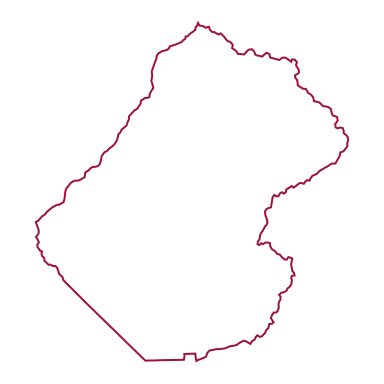 outline of Buriti Bravo, Maranhão, Brazil
{"feature_id": "56859067B93181490045826", "entity_name": "Buriti Bravo", "entity_type": "district", "adm_level": 2, "iso_a3": "BRA", "parent_name": "Brazil", "parent_adm1": "Maranhão", "projection": "natural_earth1", "projection_center": [-43.798, -5.776], "detail": "fine", "context": "isolated", "style": "outline", "palette": "rose", "viewbox_px": 384, "rotation_deg": 0, "n_neighbors": 0, "source": "geoboundaries", "source_scale": "gbopen_adm2", "svg_char_len": 4022}
<svg xmlns="http://www.w3.org/2000/svg" viewBox="0 0 384 384"><path d="M335.4,163.5L339.6,156.1L340.3,152.4L343.4,151.4L347.3,146.5L347.3,143.0L348.2,140.2L347.7,136.8L346.2,135.1L343.8,133.3L343.6,130.3L342.7,128.0L339.9,127.5L337.7,128.4L335.6,127.4L335.2,124.1L337.7,120.5L337.1,117.0L332.6,115.3L331.5,112.1L330.8,108.8L328.2,107.0L325.9,106.5L323.0,106.1L320.8,103.8L319.1,102.4L317.3,101.8L314.1,101.3L313.1,97.1L310.8,94.5L308.2,93.0L305.9,89.0L302.9,88.7L297.8,85.4L297.6,82.8L297.2,80.2L295.1,77.3L295.1,75.1L297.6,74.0L299.0,72.5L298.8,70.0L295.9,65.0L297.0,62.2L294.8,59.7L292.0,59.4L291.2,61.7L285.7,57.7L282.2,57.7L279.4,60.0L270.1,57.5L269.4,54.1L266.7,52.8L264.0,54.8L262.2,56.6L259.3,55.8L257.1,55.5L255.4,54.7L254.1,51.4L251.8,49.2L248.4,49.8L246.0,52.3L244.3,54.4L242.2,54.3L240.0,53.9L237.8,53.9L236.3,51.0L232.1,48.1L232.8,45.1L231.6,43.3L230.0,41.8L227.7,41.1L226.0,39.4L224.1,36.7L220.7,33.4L218.5,34.5L214.1,32.0L212.2,32.1L209.8,29.6L209.0,26.7L205.6,27.8L203.6,26.4L199.4,25.4L198.0,23.0L197.2,25.6L195.6,27.2L195.5,29.4L193.2,31.6L190.0,33.7L187.5,36.3L185.6,36.6L185.4,38.7L183.1,40.3L181.6,42.1L179.6,42.8L176.8,44.1L173.9,45.1L169.9,46.3L168.6,48.8L166.3,50.2L162.4,51.0L159.1,53.0L157.5,54.4L156.6,56.5L156.3,58.9L154.6,63.2L153.3,67.1L152.4,69.4L151.7,71.9L152.2,74.9L151.9,78.3L151.3,80.6L152.0,82.8L153.4,87.9L151.2,91.1L149.7,94.0L149.4,97.1L147.6,97.8L145.3,97.9L141.1,100.5L140.6,103.5L139.4,105.5L137.0,109.0L134.7,110.1L132.7,112.3L130.8,114.4L129.0,116.4L128.9,119.5L127.5,122.4L126.4,125.7L124.5,127.2L121.8,129.5L120.3,132.4L118.3,134.4L118.0,136.8L116.7,140.8L114.9,143.6L113.4,145.3L111.2,147.2L109.6,148.1L108.3,149.6L106.9,151.1L104.4,152.3L101.7,156.1L100.8,160.9L99.6,164.4L98.3,165.9L95.5,166.8L92.5,167.0L90.4,168.4L88.5,170.4L85.2,172.6L84.7,177.1L80.2,179.8L77.6,180.7L74.7,180.7L72.2,181.9L70.3,183.3L68.1,186.5L66.6,187.9L65.4,191.0L65.0,194.5L64.5,199.0L63.6,202.1L61.2,203.5L59.5,204.6L57.1,204.8L52.5,207.2L48.9,210.2L46.9,211.9L45.4,214.0L43.7,215.3L42.0,216.4L40.0,218.7L38.0,220.9L35.8,222.1L37.1,225.6L38.6,229.8L38.8,232.3L38.1,234.3L36.0,237.0L37.6,239.4L38.9,242.4L37.4,244.4L37.4,246.9L38.9,248.9L40.1,250.7L42.0,251.4L41.5,253.6L42.2,256.3L44.4,258.0L44.3,260.8L46.5,262.7L48.5,264.8L50.5,264.6L53.0,266.0L55.3,266.0L57.0,267.6L58.2,270.6L59.3,274.1L60.9,275.5L62.5,277.0L63.3,280.1L87.1,303.9L145.3,360.6L156.1,360.4L160.3,360.2L183.8,359.8L184.4,356.9L184.4,354.0L195.2,353.6L195.9,358.8L196.5,361.0L198.5,359.7L200.3,359.2L202.9,358.2L205.9,356.8L207.4,352.8L209.5,350.5L214.0,349.7L216.1,349.1L218.9,349.1L222.1,348.8L224.8,348.4L227.9,347.2L230.4,346.1L232.8,345.9L236.7,345.0L239.2,343.0L243.7,340.7L246.0,341.3L250.4,343.9L251.9,341.4L254.5,339.7L255.8,337.0L257.4,335.3L259.7,336.8L261.8,336.4L265.2,332.7L266.1,330.3L268.4,328.1L269.2,324.1L271.9,323.7L273.5,322.4L272.4,320.5L270.8,318.1L272.2,314.8L273.7,312.6L276.2,312.5L277.6,311.2L278.8,307.7L278.5,304.5L279.0,301.8L280.4,299.7L280.6,296.7L279.1,294.8L281.4,292.7L283.9,292.2L286.3,290.9L287.4,288.6L289.6,286.7L291.4,284.0L291.9,279.8L291.1,277.8L291.9,275.8L294.6,275.5L294.0,273.0L292.3,270.9L291.7,267.2L291.1,264.4L291.7,261.3L292.3,258.6L290.5,257.7L288.4,257.1L286.7,259.6L284.6,259.5L282.0,257.2L279.7,254.5L277.2,254.0L275.8,252.0L273.8,250.3L271.8,249.1L270.2,245.9L269.8,243.0L267.1,242.5L265.2,242.6L263.2,244.1L261.3,243.3L259.5,245.0L257.6,244.3L257.8,241.8L259.5,239.5L259.9,235.8L261.3,232.5L262.7,230.9L264.8,226.8L266.6,224.8L267.5,222.5L266.8,218.8L265.4,215.3L265.0,211.5L266.1,209.5L268.0,208.2L271.0,207.4L271.6,203.5L272.1,200.4L272.6,197.2L274.5,194.9L276.0,196.3L278.4,196.2L279.8,193.6L281.8,192.2L283.8,193.6L285.8,192.2L286.4,189.3L289.1,187.9L291.6,186.0L293.5,187.6L296.0,185.9L297.7,184.6L299.7,183.0L302.0,183.2L303.8,183.8L305.2,181.7L307.0,180.1L309.5,180.7L310.7,178.1L312.4,175.9L314.6,174.8L316.8,173.8L319.5,171.0L322.6,169.2L324.2,168.1L325.9,167.3L327.6,166.3L329.4,165.1L331.5,163.6L335.4,163.5Z" fill="none" stroke="#9f1239" stroke-width="2"/></svg>